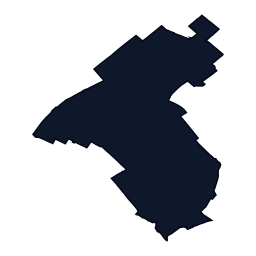 George Enescu, Botosani, Romania (Natural Earth projection)
{"feature_id": "2599482B98474563390091", "entity_name": "George Enescu", "entity_type": "district", "adm_level": 2, "iso_a3": "ROU", "parent_name": "Romania", "parent_adm1": "Botosani", "projection": "natural_earth1", "projection_center": [26.526, 48.025], "detail": "fine", "context": "isolated", "style": "filled", "palette": "ink", "viewbox_px": 256, "rotation_deg": 0, "n_neighbors": 0, "source": "geoboundaries", "source_scale": "gbopen_adm2", "svg_char_len": 5700}
<svg xmlns="http://www.w3.org/2000/svg" viewBox="0 0 256 256"><path d="M211.7,220.3L210.7,219.7L210.2,219.2L209.4,218.7L209.0,218.5L207.8,217.7L207.5,217.5L207.3,217.4L206.6,217.0L206.2,216.5L205.8,216.3L205.7,216.3L203.9,215.3L203.1,214.4L202.5,213.9L202.4,213.7L202.2,213.5L201.7,213.0L201.3,212.5L200.9,212.2L200.5,211.7L201.6,210.7L202.8,209.5L204.7,207.7L205.9,206.6L210.6,198.4L212.4,199.1L215.2,195.8L216.0,195.0L214.2,191.8L213.8,190.6L214.3,189.5L215.1,187.2L217.1,180.8L217.4,179.9L218.3,175.8L218.2,174.6L218.2,174.3L218.1,173.0L218.2,172.3L218.1,170.8L218.8,169.0L219.8,167.2L220.0,166.6L220.6,164.4L220.4,164.2L220.2,163.9L219.8,162.9L219.6,162.7L219.2,162.4L217.7,161.5L217.4,161.3L217.3,161.1L217.1,160.6L216.1,159.5L215.8,159.1L215.8,158.9L215.7,158.7L215.4,158.7L215.2,158.9L214.9,159.1L214.4,159.0L214.0,158.6L212.5,157.0L209.2,154.3L208.4,153.4L206.6,151.7L205.8,150.9L203.1,148.3L200.4,145.7L198.1,143.4L197.1,142.0L195.9,141.1L195.5,140.7L195.2,140.4L195.6,140.1L196.1,139.8L196.8,139.2L198.1,138.1L196.7,136.4L194.8,134.0L189.8,127.8L188.9,126.7L188.0,125.5L187.5,125.1L186.3,123.5L185.7,122.7L183.7,120.4L180.3,116.3L183.5,114.3L186.4,112.6L184.4,110.2L184.1,109.8L182.2,108.0L181.7,107.7L178.9,105.8L176.9,104.7L176.1,104.3L171.6,102.2L168.2,100.7L170.2,96.8L170.4,96.0L171.3,94.9L172.0,93.8L173.0,92.8L176.9,89.0L179.0,87.1L181.2,85.2L187.6,81.0L190.8,83.5L191.7,84.4L193.4,85.7L194.0,86.3L194.8,86.0L195.7,85.8L202.0,86.0L202.5,85.9L203.9,85.1L204.7,84.5L204.9,84.3L204.9,84.2L204.3,83.7L203.3,82.9L202.0,81.6L208.9,76.7L212.8,73.8L212.7,73.7L215.3,71.8L216.7,70.7L215.4,69.3L215.0,68.9L214.9,68.3L215.0,67.8L215.0,67.4L214.9,66.9L214.7,66.6L214.0,65.6L213.6,65.4L212.0,64.5L211.4,63.9L212.2,63.3L212.3,63.4L215.4,61.1L215.7,60.9L215.9,60.6L215.8,60.4L216.0,60.4L218.6,58.3L222.5,55.1L222.7,54.9L223.0,54.4L217.3,49.5L212.5,45.6L210.3,43.6L209.6,43.0L208.0,41.9L206.2,40.3L207.6,39.2L208.4,38.6L209.2,37.8L209.5,37.4L214.3,33.5L215.1,32.6L216.1,31.9L219.0,29.1L212.3,23.7L208.0,20.4L204.9,17.7L203.9,17.0L201.9,15.4L201.2,15.9L199.6,17.5L198.2,18.6L197.4,19.0L188.9,26.2L197.4,33.6L194.2,36.2L191.7,38.0L191.0,37.9L190.1,37.6L190.3,37.9L190.7,38.4L190.8,38.5L190.6,38.6L190.2,38.6L189.6,38.8L189.1,38.9L188.7,38.9L187.2,38.2L184.7,37.4L180.3,35.6L175.7,34.0L174.3,33.4L174.2,33.1L174.2,32.9L173.9,32.8L173.2,32.8L173.0,32.7L172.3,32.2L171.9,32.0L171.7,32.0L171.1,32.0L170.9,31.8L170.5,31.6L168.7,30.8L167.9,30.4L167.3,30.2L166.9,30.1L166.7,30.1L165.9,29.7L165.6,29.5L164.7,28.5L163.7,27.5L161.5,25.8L159.9,27.2L155.4,30.9L148.9,36.1L146.4,38.2L142.6,41.0L138.7,37.7L136.0,35.6L133.2,37.8L130.2,40.1L128.6,41.3L125.0,44.1L119.7,48.4L112.9,54.1L113.1,54.2L107.1,58.7L104.2,61.0L102.7,62.1L98.8,65.2L95.5,67.9L94.0,69.1L101.6,77.8L102.8,79.0L103.9,80.2L104.0,80.6L100.1,82.6L96.1,84.5L89.0,88.1L86.0,89.6L85.9,89.6L85.7,89.4L85.5,89.5L82.7,90.9L82.5,91.0L82.4,91.2L82.4,91.4L82.3,91.5L79.6,92.9L78.2,93.5L76.6,94.5L76.2,94.8L75.7,94.9L72.0,97.1L68.9,98.7L66.6,99.7L64.2,101.5L59.5,105.3L59.1,105.8L57.9,106.8L57.3,107.3L57.1,107.3L56.6,107.2L56.2,107.2L55.9,107.3L53.9,109.2L52.7,110.2L52.0,111.0L51.7,111.6L51.0,112.6L51.0,112.9L46.3,117.4L42.1,122.0L33.0,134.4L35.1,136.7L35.6,137.1L39.0,137.4L39.4,137.5L41.9,138.6L42.5,138.8L50.1,142.3L51.9,143.0L52.7,143.5L54.8,139.9L55.3,138.9L60.8,141.6L65.3,143.7L66.0,142.5L66.4,142.1L67.0,141.0L68.5,138.7L69.3,139.1L70.7,139.8L73.1,141.0L72.5,142.1L74.3,142.9L75.0,141.9L76.4,142.7L78.3,143.6L79.4,144.2L83.1,145.9L84.6,146.6L85.6,147.1L86.8,147.7L87.2,147.1L88.3,145.6L89.0,144.6L91.0,141.7L91.6,141.9L92.5,142.4L93.4,142.8L93.6,142.9L94.2,143.5L94.8,143.7L96.8,144.8L98.1,145.5L100.1,146.5L100.5,146.6L101.4,146.4L101.7,146.5L101.8,146.6L102.6,147.3L107.1,151.4L109.1,153.1L110.0,153.8L110.8,154.7L114.2,157.7L118.4,161.7L118.7,162.0L119.3,162.7L119.8,163.1L120.9,164.2L121.1,164.3L121.2,164.5L125.6,168.5L126.7,169.6L125.8,170.0L124.6,170.6L123.8,171.3L123.3,171.4L123.0,171.5L122.7,171.4L122.4,171.5L122.2,171.7L122.0,172.0L121.9,172.2L121.3,172.6L119.9,173.3L119.0,173.7L116.8,175.0L113.3,177.2L112.4,177.7L111.4,178.4L112.4,179.5L115.9,183.3L117.5,185.4L119.8,188.1L120.4,188.9L122.3,191.3L125.1,194.6L127.3,197.6L128.6,199.2L130.8,201.7L135.2,206.7L137.1,209.0L137.4,210.0L137.9,210.9L138.1,211.2L138.3,211.4L138.3,211.6L138.0,212.8L137.3,212.6L135.9,214.3L136.7,214.6L137.0,214.8L137.8,214.9L139.0,215.2L139.5,215.5L140.2,216.1L142.1,217.0L142.1,217.3L142.1,217.5L142.3,217.5L142.4,217.4L142.6,217.5L142.8,217.8L143.1,217.9L143.4,217.6L143.9,217.6L144.6,218.2L147.8,220.3L148.8,221.0L149.3,220.9L150.0,221.2L150.9,221.7L151.9,222.3L152.7,222.6L153.2,221.9L153.7,222.0L153.9,222.1L154.0,222.2L154.1,222.3L154.7,222.5L155.0,222.6L156.2,223.0L156.9,222.4L157.6,222.1L156.7,223.2L156.5,223.4L156.5,223.5L156.2,223.7L156.0,224.2L156.0,224.6L156.1,225.4L156.0,225.8L155.9,226.1L155.8,226.4L155.4,227.2L155.4,227.4L155.5,228.0L155.6,228.5L155.8,228.9L156.5,229.9L157.0,230.8L157.7,231.7L157.8,231.9L158.1,231.9L159.0,231.6L159.1,231.9L159.3,232.1L160.8,233.6L161.5,234.3L162.3,235.5L165.1,239.2L165.5,239.6L166.0,240.0L166.7,240.4L167.1,240.6L167.3,239.9L167.1,238.3L167.1,237.5L167.1,236.9L167.3,236.5L167.8,235.8L168.0,235.5L170.0,234.3L170.9,233.9L172.1,233.2L172.7,232.8L172.8,232.6L173.3,232.2L173.6,232.0L173.8,231.9L175.9,230.4L176.8,229.7L180.2,227.3L181.9,227.2L183.3,226.9L185.3,227.2L185.7,227.3L186.1,227.6L187.3,229.1L187.5,229.3L190.7,228.0L190.9,227.7L191.3,227.5L192.2,227.4L192.5,227.3L193.2,226.9L193.7,226.6L194.0,226.4L194.0,226.2L193.4,225.2L195.4,225.1L195.7,225.8L197.4,225.1L200.6,223.7L202.2,223.3L206.1,221.8L207.6,221.2L209.3,220.9L211.7,220.3Z" fill="#0f172a" stroke="#020617" stroke-width="1.5"/></svg>